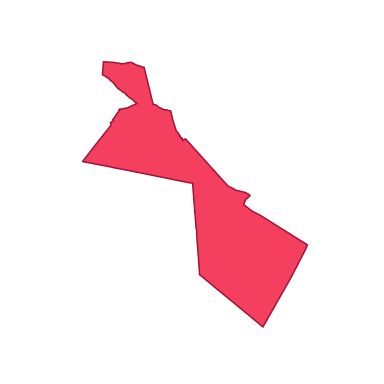 the district of Blaricum, Noord-Holland, Netherlands, rotated 75°
{"feature_id": "6326949B66152801340332", "entity_name": "Blaricum", "entity_type": "district", "adm_level": 2, "iso_a3": "NLD", "parent_name": "Netherlands", "parent_adm1": "Noord-Holland", "projection": "albers", "projection_center": [5.257, 52.281], "detail": "fine", "context": "isolated", "style": "filled", "palette": "rose", "viewbox_px": 384, "rotation_deg": 75, "n_neighbors": 0, "source": "geoboundaries", "source_scale": "gbopen_adm2", "svg_char_len": 5729}
<svg xmlns="http://www.w3.org/2000/svg" viewBox="0 0 384 384"><g transform="rotate(75 192 192)"><path d="M272.9,94.2L235.7,128.8L232.1,132.1L229.8,134.8L226.4,138.4L225.3,139.5L224.1,140.5L222.2,141.8L219.2,144.0L217.5,145.4L217.3,145.3L217.2,145.1L216.9,144.9L216.6,144.5L216.2,144.3L215.6,144.0L215.3,143.7L214.4,143.1L213.6,142.6L213.4,142.3L213.3,142.2L213.2,142.1L212.9,141.3L212.8,141.0L212.5,140.6L212.5,140.4L212.2,139.9L212.1,139.5L211.9,139.3L211.8,139.1L211.5,138.5L211.5,138.3L211.2,137.8L211.1,137.7L210.9,137.5L210.7,137.0L210.4,136.9L210.0,137.0L209.8,137.1L208.8,138.0L208.0,138.8L207.5,139.3L207.1,139.7L206.8,140.1L206.5,140.3L206.4,140.4L206.3,140.7L205.6,141.7L205.5,141.9L205.5,142.2L205.4,142.4L205.2,142.7L205.0,143.2L204.6,143.7L204.3,144.1L204.2,144.3L204.1,144.5L203.7,145.4L203.5,145.7L203.2,146.0L202.9,146.4L202.7,147.0L202.6,147.3L202.2,148.0L201.9,148.9L201.8,149.0L201.3,149.4L201.1,149.6L200.8,149.9L200.3,150.4L200.0,150.7L199.8,150.9L199.6,151.1L199.3,151.4L198.8,152.0L198.5,152.3L197.9,153.0L197.7,153.3L197.5,153.6L197.2,153.8L196.9,154.1L196.7,154.3L196.5,154.7L196.2,154.9L195.9,155.2L195.7,155.4L195.3,155.8L190.9,158.0L182.8,162.2L181.9,162.6L181.2,163.0L179.6,163.8L177.5,164.8L176.7,165.3L167.7,169.9L157.6,175.0L149.2,179.3L139.5,184.2L139.3,184.3L139.1,184.5L139.0,184.9L139.5,187.6L139.7,187.8L139.2,187.9L138.7,187.7L138.2,187.6L137.7,187.5L137.4,187.6L137.2,187.8L136.6,188.6L136.4,188.8L136.2,188.9L135.1,189.0L135.2,189.3L134.6,189.3L132.9,189.6L131.8,189.9L130.4,190.6L129.8,190.9L129.2,191.2L128.9,191.3L127.8,191.4L127.1,191.4L125.3,191.5L124.7,191.6L123.5,191.6L122.5,191.7L116.9,191.9L116.5,191.9L115.4,191.8L111.6,191.6L108.1,191.6L108.0,191.8L107.3,193.2L107.1,193.6L106.7,194.3L106.4,194.6L106.1,195.2L106.0,195.3L106.0,195.5L105.8,196.2L105.5,197.2L105.4,197.4L105.4,197.5L104.5,198.6L104.0,199.2L103.1,200.2L102.3,201.1L102.1,201.5L101.5,202.2L101.3,202.4L101.2,202.5L100.9,202.7L100.1,203.0L99.6,203.3L99.2,203.7L98.6,204.4L98.5,204.5L98.3,204.8L98.0,205.3L97.7,206.0L97.3,206.9L96.7,206.8L94.9,206.8L76.7,206.4L60.1,206.0L59.3,206.0L54.9,212.9L51.0,217.1L50.7,218.8L50.6,219.9L50.5,221.6L50.4,224.5L50.3,225.4L50.2,225.8L50.1,226.2L49.9,226.7L49.0,228.5L48.8,228.8L48.1,230.7L47.5,232.1L47.0,233.1L46.5,234.3L45.8,236.2L45.0,238.8L44.4,240.7L43.3,243.8L46.4,244.9L55.1,248.0L55.5,248.2L55.8,247.9L56.0,247.7L56.5,247.2L56.9,246.8L57.4,246.1L57.7,245.8L58.0,245.6L58.3,245.3L58.9,244.9L59.3,244.5L59.8,244.0L60.3,243.5L60.6,243.3L61.0,243.0L61.4,242.7L62.4,242.3L62.6,242.2L63.6,241.6L64.5,240.9L64.7,240.7L65.3,240.2L65.5,240.0L65.8,239.8L65.9,239.7L66.2,239.6L66.5,239.6L66.8,239.5L67.1,239.4L67.4,239.3L67.7,239.1L67.8,238.9L68.2,238.7L68.5,238.5L68.8,238.5L69.2,238.4L69.8,238.2L70.1,238.1L70.4,238.0L71.1,237.5L71.3,237.4L72.5,237.0L72.7,236.9L72.9,236.9L73.1,236.5L73.6,236.0L75.0,235.0L75.7,234.3L76.0,234.1L76.5,233.7L77.4,233.1L78.0,232.5L78.5,231.9L78.9,231.3L80.3,230.6L81.2,230.3L81.4,230.1L81.7,230.0L82.2,229.5L82.7,229.2L83.2,228.9L84.1,228.3L84.4,228.1L84.7,228.0L85.0,227.7L86.0,226.9L86.8,226.0L87.2,225.7L87.7,225.4L87.9,225.2L88.9,224.7L89.2,224.6L89.5,224.4L90.8,223.4L91.7,222.8L92.1,222.5L92.3,222.4L92.4,223.2L92.4,223.4L92.5,223.6L92.6,224.1L92.8,225.0L92.8,225.4L92.9,226.1L92.9,226.4L92.9,226.9L93.0,227.2L93.0,227.4L93.0,227.8L93.1,228.0L93.2,228.3L93.4,229.9L93.5,230.4L93.8,231.2L93.9,231.4L94.0,231.9L94.0,232.2L94.0,232.3L94.0,232.7L93.9,233.6L93.9,233.9L93.9,234.6L93.8,234.9L93.7,236.0L93.7,237.0L93.7,237.6L93.7,238.2L93.6,238.5L93.5,239.2L93.4,239.8L93.2,240.6L93.7,241.3L94.3,240.8L95.9,243.0L97.4,244.9L100.7,248.5L100.8,248.6L101.5,249.8L102.5,249.4L102.8,249.4L103.1,250.5L103.8,252.8L104.4,252.8L106.1,252.7L106.5,252.8L113.5,262.4L113.7,262.6L114.2,263.3L116.9,266.9L120.6,271.9L121.1,272.5L124.3,276.8L125.1,277.8L132.7,287.8L133.5,288.8L134.2,289.8L134.3,289.8L134.5,289.3L134.7,289.0L135.6,287.1L135.9,286.6L136.1,286.0L138.4,281.3L138.8,280.6L139.1,279.8L139.5,279.1L139.9,278.2L140.8,276.4L140.9,276.0L141.1,275.6L142.1,273.8L142.7,272.6L142.7,272.4L143.1,271.6L143.7,270.3L146.7,264.2L147.1,263.4L147.2,263.2L147.6,262.5L147.9,262.1L148.7,260.4L149.3,259.2L149.6,258.5L149.8,258.1L150.6,256.5L151.1,255.3L151.2,255.1L151.4,254.7L153.8,249.9L154.6,248.1L154.8,247.7L155.4,246.6L155.6,246.2L156.2,244.9L156.3,244.7L156.8,243.7L157.1,243.1L157.4,242.6L157.5,242.3L158.4,240.6L158.9,239.4L159.0,239.1L159.3,238.6L159.4,238.4L159.6,238.1L159.8,237.6L160.4,236.5L161.8,233.5L162.7,231.8L162.8,231.6L163.3,230.7L163.7,229.8L164.4,228.2L165.5,226.3L166.0,225.1L166.2,224.8L166.3,224.6L166.5,224.2L166.9,223.4L167.5,222.2L168.0,221.3L168.4,220.4L170.1,216.9L170.4,216.3L171.7,213.8L172.4,212.2L172.9,211.3L173.7,209.7L173.9,209.3L176.3,204.6L176.6,203.9L177.1,202.9L178.3,200.5L178.7,199.7L179.5,198.1L180.3,196.3L181.1,194.9L181.7,193.6L182.0,193.1L182.1,192.8L182.2,192.6L182.9,190.9L183.0,190.8L183.1,190.5L183.4,190.0L183.5,189.7L183.8,189.1L184.5,189.3L187.6,189.9L190.9,190.5L192.9,190.9L193.7,191.0L197.1,191.7L201.8,192.6L204.8,193.1L211.3,194.3L212.2,194.5L216.7,195.2L218.8,195.7L222.6,196.4L223.7,196.6L224.5,196.6L225.1,196.9L227.7,197.4L228.7,197.5L229.2,197.4L231.3,197.6L232.0,198.0L234.0,198.3L235.2,198.6L235.8,198.7L237.1,198.9L237.4,199.1L237.9,199.2L238.6,199.3L239.1,199.4L240.0,199.7L245.3,200.6L250.8,201.6L253.7,202.2L254.9,202.3L259.0,203.2L260.5,203.5L265.3,204.4L266.0,204.6L267.2,204.7L269.0,205.2L269.8,205.2L272.9,205.9L273.8,206.1L274.0,206.0L275.8,204.6L278.1,203.0L280.6,201.2L283.9,198.9L286.1,197.3L290.4,194.3L292.8,192.6L302.6,185.6L316.2,175.8L331.4,165.0L338.9,159.7L339.5,159.3L340.7,158.4L300.0,118.2L277.0,97.3L272.9,94.2Z" fill="#f43f5e" stroke="#9f1239" stroke-width="1.5"/></g></svg>